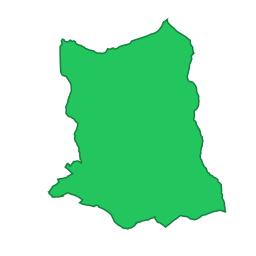 the district of Berbesti, Vâlcea, Romania, rotated 353°
{"feature_id": "2599482B91990864320571", "entity_name": "Berbesti", "entity_type": "district", "adm_level": 2, "iso_a3": "ROU", "parent_name": "Romania", "parent_adm1": "Vâlcea", "projection": "orthographic", "projection_center": [23.88, 44.99], "detail": "fine", "context": "isolated", "style": "filled", "palette": "green", "viewbox_px": 256, "rotation_deg": 353, "n_neighbors": 0, "source": "geoboundaries", "source_scale": "gbopen_adm2", "svg_char_len": 5777}
<svg xmlns="http://www.w3.org/2000/svg" viewBox="0 0 256 256"><g transform="rotate(353 128 128)"><path d="M214.6,223.0L214.3,221.7L214.5,218.8L214.2,217.1L214.5,215.7L214.5,214.2L214.3,212.8L213.0,209.0L212.9,208.5L213.3,207.4L213.5,206.0L213.4,205.3L213.2,204.6L212.8,204.0L212.7,203.2L213.1,202.4L213.3,201.7L213.3,201.4L213.1,200.7L213.5,199.9L213.5,199.6L213.3,198.6L213.6,197.0L213.6,195.7L212.6,193.9L211.0,192.5L210.8,191.9L210.8,190.1L210.6,189.9L209.0,188.4L207.0,187.5L206.5,186.3L205.8,185.7L204.7,185.1L203.7,184.3L203.2,183.5L203.1,182.7L202.3,182.3L201.2,180.9L201.0,178.7L200.9,178.0L200.3,177.1L198.9,175.5L198.6,174.1L198.0,173.0L197.9,172.5L197.0,168.4L196.4,167.8L196.2,167.0L196.2,164.0L196.5,163.4L197.2,162.3L197.3,161.8L197.3,160.1L197.5,159.2L198.1,157.8L198.3,156.7L198.8,155.9L199.4,155.1L199.6,154.4L199.7,152.7L200.6,150.5L200.8,149.5L200.5,148.7L200.4,147.6L200.7,146.5L200.6,146.1L200.3,145.5L199.7,144.7L199.4,143.7L199.3,142.3L199.1,141.2L199.2,140.4L199.2,139.8L198.7,138.8L198.2,137.0L198.0,136.6L197.6,136.2L197.0,134.5L196.2,132.8L196.2,130.7L196.0,130.1L195.7,129.6L194.4,128.3L194.2,127.7L194.3,127.3L195.3,124.5L195.7,121.5L195.5,120.7L195.7,119.6L196.0,118.9L196.4,118.5L197.9,118.0L199.1,116.7L200.2,115.2L200.7,114.2L201.1,112.6L201.2,111.4L201.8,109.7L201.5,108.1L202.0,105.5L202.0,104.7L201.8,104.0L201.3,102.9L200.7,100.9L200.6,99.8L200.8,98.3L200.7,96.4L200.2,94.3L199.2,92.7L199.1,92.3L198.0,90.8L197.6,90.4L195.5,89.6L194.7,89.2L194.0,88.7L193.2,86.4L193.0,84.9L193.6,82.3L194.1,81.5L194.8,79.6L195.0,78.4L195.7,77.3L196.0,76.5L196.5,74.6L196.6,73.3L196.7,72.7L197.8,71.0L198.1,70.3L198.9,69.1L199.3,68.0L199.8,67.1L199.6,66.9L199.5,65.1L199.7,64.9L199.8,64.0L200.1,63.5L201.3,63.0L201.5,62.6L202.1,62.1L202.1,61.8L202.5,61.7L202.3,61.4L201.8,61.6L201.6,61.4L202.0,59.7L201.8,58.4L202.0,55.7L201.9,55.3L201.0,54.0L200.8,53.3L200.3,52.5L200.3,51.2L200.4,50.7L200.3,49.9L200.4,49.0L200.3,48.5L198.0,46.4L197.0,45.0L188.4,38.1L186.6,36.0L185.8,34.5L185.1,34.1L184.2,33.0L183.4,32.2L183.0,31.6L182.2,30.8L181.0,29.1L180.5,28.2L180.2,26.8L180.3,26.4L180.0,25.6L180.2,25.1L178.4,26.1L177.5,26.8L176.4,27.0L175.4,28.4L174.1,30.9L173.8,31.4L173.2,31.9L172.6,32.4L172.2,33.0L170.5,34.7L169.0,35.8L165.8,37.2L163.5,37.6L162.4,37.6L159.6,38.6L157.3,39.2L142.0,42.2L140.9,43.8L140.2,44.5L136.8,45.1L133.4,45.4L129.0,46.4L127.8,47.3L125.5,48.1L123.8,47.8L123.4,46.9L123.1,46.9L122.0,46.9L119.9,47.8L118.3,47.2L117.5,46.8L117.2,47.1L116.9,48.0L116.2,48.7L115.4,49.8L113.9,50.6L112.6,50.9L111.7,50.6L110.8,50.8L109.4,50.1L108.1,50.3L106.9,50.0L104.5,48.7L103.8,47.8L103.0,47.2L100.4,46.2L99.8,46.3L98.8,45.9L98.2,45.3L95.6,43.9L94.1,42.3L93.5,42.1L92.2,41.3L91.7,40.4L90.4,40.1L88.6,39.4L87.8,38.6L86.8,38.2L86.4,37.3L86.4,36.3L85.1,35.1L84.8,35.0L83.3,35.2L82.9,35.0L81.7,33.9L81.3,33.7L80.7,34.0L79.9,34.8L79.3,35.1L78.1,35.2L76.4,34.6L75.7,34.1L75.4,33.7L75.5,32.9L75.0,32.3L73.9,31.9L73.0,32.5L72.7,33.2L72.6,33.6L73.0,36.6L72.8,36.8L72.3,37.0L72.1,37.5L70.8,38.5L70.4,39.2L68.7,55.9L68.1,63.9L68.6,66.0L69.3,67.5L71.2,68.6L71.9,68.7L72.5,69.0L73.5,70.4L74.3,72.2L74.8,73.1L75.0,74.0L75.9,75.2L76.2,75.7L76.4,77.1L76.8,78.6L76.7,79.1L76.3,84.4L75.4,85.9L74.6,87.3L74.0,89.1L73.2,90.1L72.7,91.5L72.0,92.4L71.8,93.6L70.9,96.0L69.0,99.1L68.8,99.9L69.0,101.4L68.8,103.6L68.3,104.7L68.3,106.1L68.6,106.7L70.2,108.9L71.5,109.8L72.6,110.2L75.6,112.7L75.9,113.2L76.4,114.4L77.1,115.5L78.2,116.5L78.6,117.5L78.6,118.0L78.5,118.7L78.0,120.2L77.1,122.1L76.9,123.2L76.0,124.5L75.1,125.2L74.7,126.5L73.9,127.7L74.1,128.1L74.5,129.7L74.3,130.3L73.8,130.9L73.7,131.7L73.8,132.9L74.0,133.7L74.0,134.6L74.4,135.2L75.1,136.0L75.2,136.9L75.4,137.6L75.3,138.2L75.8,138.9L76.3,140.3L76.8,140.7L76.9,141.0L76.9,142.0L76.5,143.7L76.5,145.3L76.6,145.9L77.2,146.8L76.9,147.5L76.9,148.7L76.7,149.5L76.9,150.6L76.8,151.6L76.9,152.1L76.6,152.8L77.7,154.5L77.7,155.6L77.5,156.7L77.3,157.1L75.9,155.5L75.1,154.9L73.0,154.5L71.5,154.8L70.0,154.7L69.7,154.9L68.1,156.8L66.6,158.2L65.7,158.7L65.4,158.5L65.3,157.5L65.2,157.1L63.7,155.9L63.2,156.1L62.6,156.8L62.6,157.1L62.4,157.3L60.9,159.1L64.0,162.3L66.9,166.2L67.4,166.6L62.8,168.5L60.4,169.9L52.0,170.3L52.8,173.2L50.2,175.2L45.9,176.9L45.6,177.8L43.4,180.0L42.3,181.4L41.4,181.8L42.0,182.5L41.7,183.4L44.5,186.5L44.5,187.4L49.2,187.6L49.6,187.8L50.4,188.0L52.5,187.6L52.8,187.6L52.9,187.8L55.1,187.6L54.5,187.0L60.7,184.8L61.7,185.8L62.8,186.3L63.7,186.9L67.0,188.2L68.4,189.2L69.8,190.0L71.0,190.9L74.2,193.9L70.8,196.3L73.9,198.1L75.4,198.7L80.9,200.3L82.4,200.8L83.9,201.6L85.3,201.7L85.6,201.2L86.4,201.0L87.6,201.0L88.3,201.2L89.1,201.9L89.5,203.0L93.1,204.9L93.7,205.4L97.8,208.7L100.1,211.2L100.9,212.5L101.5,214.1L103.1,219.2L104.0,220.3L106.5,223.1L107.5,223.6L108.3,224.4L109.7,225.5L110.8,226.6L111.4,226.7L112.4,227.2L113.5,227.3L115.6,228.2L116.3,227.7L117.0,227.4L117.3,227.4L118.0,227.6L118.7,227.3L119.4,227.3L120.3,227.0L121.1,226.3L122.0,226.0L123.1,225.3L124.0,224.3L124.5,223.4L125.1,223.7L125.7,222.7L127.4,222.8L128.5,222.6L129.2,222.7L130.3,221.9L130.7,221.8L132.7,222.0L134.0,221.7L135.8,221.5L137.0,221.8L137.5,221.6L138.3,220.9L139.2,220.6L140.1,220.4L141.7,220.3L142.4,219.9L143.8,219.5L143.8,221.0L144.0,221.8L144.7,222.8L145.1,223.9L146.0,225.1L146.6,225.6L147.7,225.7L148.1,226.0L150.8,228.4L153.2,230.9L155.8,229.3L158.7,227.7L159.2,227.1L161.8,225.4L165.2,223.8L168.8,221.5L169.5,221.3L170.5,221.6L171.6,222.2L172.6,222.3L173.7,222.7L175.6,223.2L177.0,223.9L178.8,225.9L181.1,226.3L182.3,227.0L183.3,227.1L185.1,226.9L186.1,226.3L188.6,225.4L190.0,224.3L190.4,224.1L192.3,223.6L195.1,223.5L195.8,222.9L197.0,222.8L202.8,221.4L206.5,221.2L208.0,220.9L209.6,221.0L210.6,221.3L211.9,222.1L212.7,222.3L213.4,222.8L214.6,223.0Z" fill="#22c55e" stroke="#15803d" stroke-width="1.5"/></g></svg>